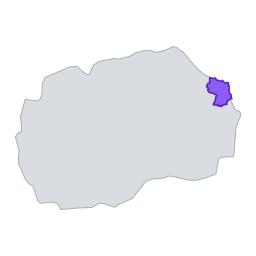 Delchevo, Delčevo, North Macedonia shown in context
{"feature_id": "65306769B90097726978799", "entity_name": "Delchevo", "entity_type": "district", "adm_level": 2, "iso_a3": "MKD", "parent_name": "North Macedonia", "parent_adm1": "Delčevo", "projection": "robinson", "projection_center": [22.782, 41.938], "detail": "fine", "context": "in_parent", "style": "filled", "palette": "violet", "viewbox_px": 256, "rotation_deg": 0, "n_neighbors": 0, "source": "geoboundaries", "source_scale": "gbopen_adm2", "svg_char_len": 2872}
<svg xmlns="http://www.w3.org/2000/svg" viewBox="0 0 256 256"><path d="M113.9,58.6L118.8,59.1L129.5,56.4L136.1,52.6L139.5,52.0L143.9,50.5L150.4,50.7L156.9,52.4L165.2,50.2L173.4,46.6L176.7,47.5L180.2,50.6L182.5,51.4L196.0,67.5L203.5,74.0L212.2,78.9L222.2,82.5L225.8,86.0L232.1,103.1L235.2,109.5L239.4,111.5L240.5,113.3L240.6,115.8L235.9,127.8L234.0,154.8L232.8,156.9L227.8,156.8L221.1,157.4L218.6,159.4L215.9,173.9L205.2,178.1L195.5,180.4L187.3,179.9L172.9,176.4L168.2,176.1L164.2,178.0L151.3,179.1L145.7,181.6L132.3,198.5L118.9,204.4L114.3,207.3L104.0,203.6L99.1,203.2L92.0,207.5L76.4,208.0L72.2,208.7L60.2,209.4L59.7,207.0L57.5,203.6L51.9,202.0L40.5,203.4L37.7,200.9L33.2,186.5L29.5,184.2L25.4,179.4L18.6,163.8L18.5,156.9L19.1,150.9L15.4,136.9L17.8,133.4L21.4,131.2L21.5,125.5L20.5,116.9L24.9,100.1L26.1,98.9L27.2,99.7L37.4,101.0L40.1,98.9L41.8,95.6L42.4,83.3L44.9,77.6L69.8,66.8L77.0,66.4L82.6,71.4L87.0,74.5L89.6,74.4L90.6,71.2L93.6,65.1L98.7,61.5L113.8,58.5L113.9,58.6Z" fill="#d9dde1" stroke="#a8b0b8" stroke-width="1"/><path d="M221.4,106.5L221.1,105.8L221.6,105.2L222.2,105.5L223.1,105.4L223.6,104.8L226.3,104.4L225.7,103.9L226.3,103.6L227.4,102.3L227.1,100.7L227.9,100.5L228.3,100.1L229.2,99.9L230.2,99.4L230.7,98.5L231.5,98.5L231.4,98.4L231.3,97.6L231.3,97.2L231.3,96.9L231.1,96.7L231.1,96.3L231.2,95.9L231.2,95.5L231.1,95.4L231.0,95.2L230.9,95.1L230.9,94.6L230.8,94.3L230.6,93.9L229.9,93.8L229.7,93.6L229.6,93.3L229.5,93.2L229.3,92.4L229.3,91.8L229.3,91.1L229.1,90.5L229.0,90.2L229.1,89.8L229.2,89.2L229.3,88.8L229.3,88.3L229.2,87.9L229.1,87.7L229.1,87.0L229.1,86.2L229.2,85.9L229.0,85.6L228.7,85.4L228.1,85.1L228.2,84.9L228.4,84.3L228.5,84.0L228.5,83.6L228.5,83.1L228.4,82.9L228.2,82.8L227.5,82.6L227.1,82.5L226.4,82.7L226.0,82.9L225.6,83.0L225.4,83.0L225.0,82.9L224.8,82.9L224.7,82.8L224.6,82.7L224.4,82.4L224.0,82.2L223.7,82.0L223.2,81.3L222.9,80.8L222.6,80.4L222.3,80.6L222.3,80.8L221.9,81.2L221.4,81.3L220.9,81.3L220.4,81.1L219.9,80.9L219.3,80.6L219.0,80.6L218.8,80.6L218.5,80.5L218.4,80.4L218.1,80.2L217.9,80.2L217.5,80.5L217.3,80.4L217.2,80.4L216.9,80.2L216.6,80.0L216.5,79.8L216.3,79.4L216.2,79.2L216.0,78.9L215.9,78.9L215.4,78.5L215.3,78.4L215.3,78.1L214.8,78.0L214.1,78.2L213.4,78.4L213.2,78.4L212.2,78.4L211.7,78.3L211.5,78.2L211.3,77.9L211.2,77.8L211.0,77.7L210.5,77.5L210.3,77.4L209.6,78.4L209.7,82.8L208.1,83.2L207.5,84.1L207.3,85.3L206.6,85.9L206.6,86.5L207.3,87.6L207.7,87.6L207.7,88.0L208.8,89.0L208.7,89.3L208.0,89.4L207.6,90.0L208.8,92.0L210.3,92.9L211.1,92.7L212.4,93.1L212.8,93.0L213.7,93.5L214.4,94.3L215.4,94.5L216.5,95.1L216.8,95.6L215.8,96.9L215.9,97.4L215.7,97.8L215.9,98.3L215.2,98.9L215.4,99.6L214.8,101.9L213.8,102.6L213.8,103.3L213.4,103.8L213.5,105.0L214.3,104.9L214.9,104.6L217.5,105.7L218.2,105.4L218.2,105.0L218.4,104.9L218.9,106.0L219.7,105.9L220.5,106.5L221.4,106.5Z" fill="#8b5cf6" stroke="#5b21b6" stroke-width="1.5"/></svg>